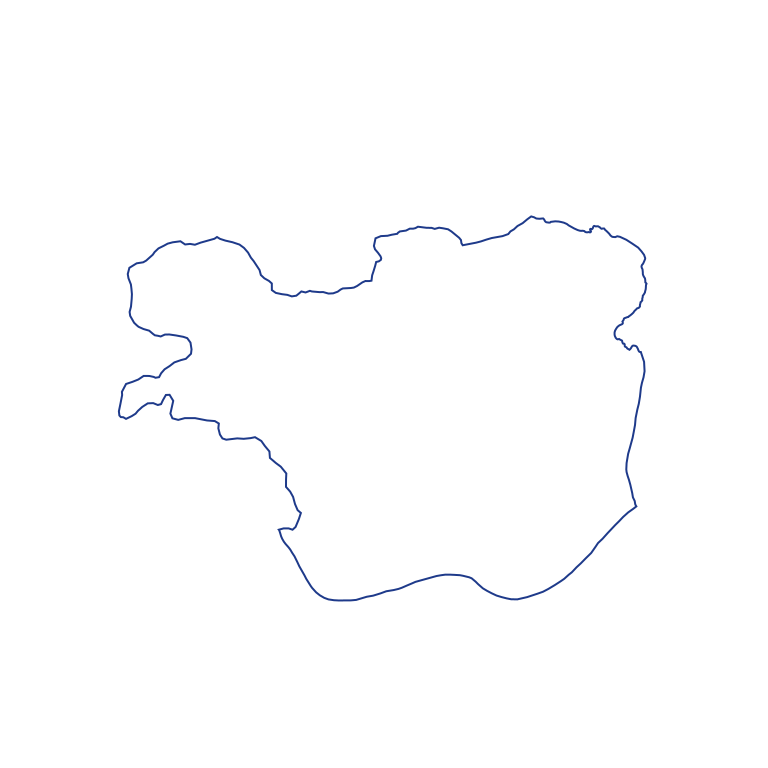 outline of Pha Oudom, Bokeo, Laos, rotated 200°
{"feature_id": "54806243B51169476275365", "entity_name": "Pha Oudom", "entity_type": "district", "adm_level": 2, "iso_a3": "LAO", "parent_name": "Laos", "parent_adm1": "Bokeo", "projection": "natural_earth1", "projection_center": [100.874, 20.197], "detail": "fine", "context": "isolated", "style": "outline", "palette": "blue", "viewbox_px": 768, "rotation_deg": 200, "n_neighbors": 0, "source": "geoboundaries", "source_scale": "gbopen_adm2", "svg_char_len": 6166}
<svg xmlns="http://www.w3.org/2000/svg" viewBox="0 0 768 768"><g transform="rotate(200 384 384)"><path d="M614.5,263.0L610.1,267.5L607.3,271.1L606.0,274.7L603.3,279.8L599.4,285.0L594.3,287.1L589.4,286.9L586.6,288.9L586.2,293.3L585.2,299.1L581.8,300.5L576.3,296.1L574.6,283.1L571.1,279.4L565.1,279.9L559.5,283.8L549.9,287.3L537.9,289.2L530.3,291.3L525.7,290.4L524.5,285.7L520.9,280.4L517.2,277.6L513.2,277.7L503.3,282.7L497.1,284.5L490.9,287.5L487.0,289.9L479.8,288.5L474.9,285.1L468.6,281.4L465.9,275.5L458.7,272.8L452.7,271.0L445.2,266.5L443.3,260.5L440.9,253.8L435.4,250.8L430.8,246.8L426.6,240.8L422.0,235.9L418.0,234.4L417.8,228.0L418.2,219.4L420.1,215.8L424.1,215.7L428.9,214.0L433.0,211.1L432.4,210.7L430.5,208.3L428.6,205.7L426.7,203.7L424.2,201.6L421.9,200.1L417.7,197.8L415.4,196.3L412.6,194.0L409.1,191.4L404.5,187.0L401.2,183.7L393.3,177.0L390.4,174.3L383.7,169.1L381.8,167.8L376.5,165.0L372.0,163.5L367.0,162.6L362.5,162.6L357.1,163.7L352.5,165.1L341.0,169.4L336.3,171.6L327.4,178.2L321.8,181.4L315.6,186.1L311.0,190.0L304.4,193.7L300.3,196.4L297.6,198.6L293.5,202.5L289.3,206.4L286.8,208.8L283.3,211.3L269.0,221.5L265.0,223.8L261.4,225.7L256.8,227.4L252.3,228.8L247.3,230.3L244.2,230.8L237.9,231.5L235.2,231.4L230.3,229.6L227.1,228.1L221.2,225.8L216.5,224.9L211.4,224.2L205.9,223.7L200.5,224.0L195.5,224.5L191.0,225.2L185.1,227.2L176.6,232.7L168.1,239.4L163.5,243.2L159.5,247.6L154.7,253.5L150.4,259.2L148.0,262.6L145.2,267.9L143.1,271.3L140.4,277.6L137.7,282.8L134.9,289.0L131.5,296.1L129.5,303.6L128.5,307.7L125.7,313.3L122.9,320.3L120.9,324.9L118.5,330.5L116.1,335.6L113.8,340.9L110.6,346.9L107.0,352.1L105.0,355.3L106.2,356.3L106.9,357.1L108.4,359.8L111.3,362.6L113.5,366.5L118.1,373.6L121.1,377.8L123.5,380.8L125.9,384.2L127.1,386.6L129.0,392.7L130.7,401.9L131.1,407.7L132.0,418.6L132.9,424.2L134.1,431.3L135.9,438.1L137.2,446.6L137.8,452.5L139.1,459.5L141.3,468.4L142.0,473.3L142.4,479.0L143.5,485.1L147.2,493.8L153.6,501.9L154.0,501.7L154.7,501.6L155.2,501.7L155.6,501.9L156.5,502.7L157.2,503.6L158.8,505.1L159.3,505.5L159.8,505.7L161.1,505.8L162.0,505.6L162.8,505.4L163.3,505.1L163.7,504.5L163.9,503.9L164.2,502.1L164.4,501.5L164.6,500.9L165.1,500.1L165.8,500.3L167.3,500.5L167.6,500.6L168.5,501.3L168.9,501.4L170.4,501.6L170.7,501.9L170.9,502.3L171.3,503.4L171.5,503.7L171.9,503.9L172.2,504.0L172.5,503.8L173.0,503.7L173.3,503.8L173.6,504.0L174.4,504.9L175.0,506.0L175.3,506.2L177.2,506.4L178.5,506.7L179.6,505.9L180.3,505.9L180.8,506.0L182.1,506.7L183.5,508.1L184.0,508.9L184.4,509.7L185.0,511.5L185.1,513.4L184.9,514.4L184.7,515.6L184.2,517.4L183.3,519.0L182.6,519.9L180.8,521.6L180.5,522.1L180.4,522.5L180.4,522.9L180.9,523.9L181.3,524.3L181.2,524.6L180.8,526.1L180.8,526.5L180.9,527.5L180.7,527.8L180.5,528.1L177.9,530.3L177.4,530.5L176.9,531.6L176.5,532.1L176.0,532.8L174.9,534.7L174.1,536.3L173.6,538.3L172.6,540.3L172.0,541.7L170.7,542.6L170.0,544.3L170.6,546.0L170.6,547.1L170.9,548.6L170.4,549.3L169.9,550.9L170.2,551.7L170.5,552.5L170.6,554.1L171.0,555.5L170.5,557.0L170.1,559.3L170.3,560.2L170.5,562.6L170.9,564.1L171.1,564.7L171.7,566.8L171.6,568.0L172.1,568.4L173.1,568.8L174.2,571.3L174.9,572.5L176.7,573.9L177.7,574.9L178.0,575.3L178.4,575.9L179.0,577.5L180.2,580.0L180.6,580.5L181.2,581.0L182.1,582.2L182.3,582.9L182.3,583.9L182.1,584.6L181.7,585.6L181.5,587.9L181.4,590.1L181.4,590.8L181.6,591.6L183.8,594.3L187.4,596.7L191.8,599.1L199.0,600.9L205.6,602.4L212.6,603.0L215.3,602.6L215.7,602.3L216.6,601.4L217.0,601.1L219.2,600.5L219.9,600.4L220.4,600.5L221.9,601.0L223.9,602.3L225.8,603.2L227.6,604.0L228.8,604.4L230.3,605.4L231.5,605.0L232.4,604.4L232.6,604.3L233.3,604.4L233.9,604.6L234.6,605.0L235.0,605.1L236.8,605.4L237.1,605.3L239.0,604.5L240.3,604.5L240.6,604.4L240.9,604.1L241.1,603.5L241.1,601.6L241.3,601.0L241.5,600.7L242.8,600.5L243.0,600.4L243.2,600.2L243.2,599.6L243.1,599.4L242.7,599.0L242.0,598.6L241.7,598.3L241.7,598.1L241.7,597.6L241.8,597.3L242.3,596.9L243.6,596.8L243.9,596.6L244.8,596.1L245.3,595.9L246.4,595.7L246.9,595.7L247.7,596.1L248.0,596.2L248.4,596.2L249.9,595.9L250.7,595.5L252.0,595.1L252.7,595.0L254.7,594.9L258.5,595.2L264.7,596.2L266.9,596.9L270.2,597.1L273.0,596.8L275.5,596.4L278.8,595.4L282.7,593.4L283.1,592.6L284.0,592.1L286.8,591.5L287.7,591.7L288.7,592.3L289.8,593.4L291.1,594.0L294.5,592.4L297.5,591.6L300.0,592.0L303.0,591.8L305.8,587.6L308.7,582.6L312.6,578.1L314.8,573.8L317.4,570.6L318.5,567.4L323.2,563.5L332.7,558.0L337.2,554.7L341.6,551.2L345.8,548.3L357.5,541.3L359.4,542.8L360.9,545.6L363.4,547.1L372.8,550.4L376.7,551.3L381.8,550.5L385.7,549.7L389.4,547.1L392.6,547.0L397.6,545.3L405.9,543.4L407.8,541.2L409.8,539.9L412.9,538.8L415.8,535.7L418.8,534.1L421.4,532.7L422.0,531.7L422.6,530.9L422.9,529.7L427.8,526.9L431.4,524.5L437.5,521.9L441.8,518.0L440.7,510.3L438.5,507.5L434.6,505.3L430.9,502.8L429.6,501.2L429.4,499.6L430.8,497.5L433.1,496.0L432.7,492.0L432.4,486.1L432.3,482.1L431.1,476.8L433.0,475.7L436.7,474.4L439.1,472.1L442.8,466.9L445.3,464.3L447.9,462.9L455.4,459.7L457.1,457.9L459.1,454.9L462.8,451.8L467.1,450.0L472.6,449.6L475.9,448.3L483.4,446.3L485.5,446.2L489.0,443.2L493.3,442.7L495.1,439.5L496.6,437.0L500.6,434.8L505.3,434.7L510.6,433.5L516.8,432.6L521.5,433.9L523.8,440.1L527.3,441.5L532.6,442.4L537.0,444.3L539.9,448.5L548.5,454.9L552.3,457.2L556.7,461.0L562.1,464.0L567.5,465.6L574.9,465.4L582.1,464.5L587.7,464.3L591.2,465.0L593.0,462.5L604.7,454.1L609.3,450.2L614.2,449.3L618.6,447.1L624.1,448.5L631.0,444.9L635.3,441.9L638.1,438.7L642.3,434.3L644.7,429.5L645.5,426.4L649.7,418.6L651.9,416.0L657.7,412.8L663.0,406.1L662.4,399.7L660.3,396.0L655.9,391.0L654.0,387.3L651.6,382.2L650.2,377.7L648.2,370.1L647.7,364.7L645.8,361.2L639.8,356.1L636.4,354.6L634.2,353.8L628.8,353.4L622.9,353.8L618.3,352.1L616.0,351.4L612.8,352.0L610.1,352.3L606.8,355.5L602.7,357.1L596.0,358.5L588.7,359.7L584.6,359.8L580.0,356.7L576.7,350.7L575.7,346.4L578.8,339.9L583.0,337.0L588.4,332.6L591.7,327.4L595.2,322.8L597.1,317.9L597.7,313.5L600.9,311.7L602.7,311.9L607.2,311.3L612.6,309.4L616.4,304.2L621.1,300.0L626.4,295.8L627.6,287.0L626.3,284.1L624.9,275.2L623.8,267.7L621.9,263.9L620.0,262.9L617.6,263.6L614.5,263.0Z" fill="none" stroke="#1e3a8a" stroke-width="2"/></g></svg>